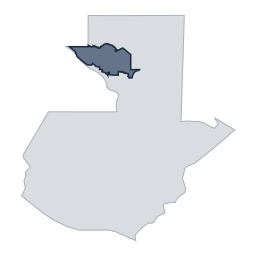 location of La Libertad, Petén, Guatemala
{"feature_id": "79465075B31281143780542", "entity_name": "La Libertad", "entity_type": "district", "adm_level": 2, "iso_a3": "GTM", "parent_name": "Guatemala", "parent_adm1": "Petén", "projection": "orthographic", "projection_center": [-90.603, 16.998], "detail": "fine", "context": "in_parent", "style": "filled", "palette": "slate", "viewbox_px": 256, "rotation_deg": 0, "n_neighbors": 0, "source": "geoboundaries", "source_scale": "gbopen_adm2", "svg_char_len": 4994}
<svg xmlns="http://www.w3.org/2000/svg" viewBox="0 0 256 256"><path d="M21.3,195.7L22.7,194.3L23.9,191.1L25.4,187.7L24.5,183.8L24.0,180.7L25.7,176.1L25.6,172.7L26.4,170.6L28.8,169.2L30.1,166.6L23.2,157.5L23.3,155.5L24.2,153.0L29.9,143.4L36.6,132.0L44.0,119.4L48.4,111.8L64.4,111.8L75.1,111.9L88.6,111.9L103.2,111.9L112.8,111.9L116.8,111.8L116.1,106.9L116.6,101.4L118.4,96.4L118.4,94.2L115.5,91.6L110.0,90.0L106.9,87.6L106.9,84.6L105.5,81.0L102.8,76.7L97.3,72.4L88.8,67.9L81.7,61.9L75.8,54.4L70.8,49.5L66.9,47.5L66.0,46.4L77.3,46.5L88.0,46.7L88.1,35.9L88.1,26.3L88.2,15.5L107.5,15.6L130.6,15.6L154.5,15.5L173.2,15.4L184.3,15.4L183.9,28.8L183.4,44.3L183.1,55.7L182.6,70.9L182.1,86.5L181.5,107.7L181.0,121.4L181.3,121.7L187.6,121.0L197.0,121.5L199.2,121.5L202.1,122.6L204.3,123.0L209.1,126.0L214.7,128.3L218.3,123.5L216.4,120.7L214.9,119.3L215.1,118.0L234.7,130.0L232.4,131.9L227.5,136.3L218.6,143.9L210.6,150.6L202.9,156.7L196.0,162.2L195.2,162.8L186.4,166.7L184.9,168.5L183.0,176.2L182.2,178.1L183.8,182.4L185.5,189.0L185.0,192.4L178.9,196.7L176.1,200.5L174.8,203.0L173.7,202.4L171.8,202.2L167.4,203.2L165.3,203.4L163.6,204.5L163.4,206.9L164.6,210.7L165.0,212.7L163.8,213.6L158.4,216.0L156.3,218.3L154.2,221.8L151.9,223.3L149.4,223.0L147.6,223.6L143.9,226.2L138.3,231.4L135.2,235.2L135.2,238.1L135.8,240.6L115.2,231.6L108.3,230.1L79.4,230.2L67.1,226.6L53.0,219.7L43.5,213.4L21.3,195.7Z" fill="#d9dde1" stroke="#a8b0b8" stroke-width="1"/><path d="M130.7,54.5L130.5,54.4L129.6,53.6L128.9,53.1L128.7,52.9L128.3,52.6L127.9,52.2L127.6,51.9L126.2,50.8L125.7,50.3L125.3,50.0L125.0,49.8L124.6,49.4L123.8,48.8L122.8,48.0L122.7,48.0L122.2,48.3L121.9,48.3L121.6,48.4L121.3,48.7L121.2,48.8L120.9,48.9L120.7,49.0L120.4,49.0L120.2,49.2L120.0,49.4L119.8,49.6L119.7,49.6L119.4,49.7L119.1,49.8L118.7,50.0L118.2,50.1L117.6,49.9L117.2,49.9L117.2,50.0L116.9,50.1L117.0,50.3L116.9,50.3L116.7,50.3L116.6,50.8L116.5,51.1L116.5,51.3L116.4,51.3L116.3,51.2L116.2,51.0L116.0,50.9L115.7,51.0L115.4,51.0L115.2,51.0L115.1,50.7L115.2,50.4L115.3,50.4L115.6,50.3L115.8,50.4L116.0,50.4L116.2,50.1L116.3,50.0L116.2,49.9L116.0,49.7L116.1,49.2L116.1,48.9L116.0,48.7L115.7,48.4L115.5,48.2L115.3,47.9L115.1,47.8L114.8,47.5L114.8,47.3L114.7,47.3L114.6,47.2L114.3,47.2L114.1,47.1L114.1,46.9L113.8,46.7L113.5,46.6L113.4,46.5L113.4,46.3L113.2,46.3L113.2,46.2L112.9,46.0L112.8,45.7L112.6,45.5L112.2,45.4L111.7,45.2L111.4,45.0L110.9,44.9L110.5,44.9L110.2,44.8L109.9,44.8L109.5,44.7L109.4,44.5L109.2,44.5L109.0,44.4L108.9,44.4L108.7,44.2L108.4,43.9L107.9,43.8L107.5,43.7L107.4,43.7L107.1,43.7L106.9,43.6L106.7,43.8L106.6,43.7L106.0,43.6L105.9,43.7L105.7,43.8L105.4,43.9L105.1,44.1L104.8,44.1L104.4,44.2L104.1,44.2L104.0,44.3L103.9,44.4L103.8,44.6L103.4,44.8L103.1,45.1L102.9,45.6L102.7,45.8L102.5,46.0L102.2,46.0L101.9,46.1L101.7,46.0L100.9,46.3L100.7,46.4L100.5,46.5L100.6,47.0L100.6,47.4L100.5,47.5L100.3,47.4L100.2,47.5L100.3,47.5L100.1,47.7L100.0,47.9L99.9,47.9L99.7,48.0L99.6,47.9L99.4,47.9L99.3,48.0L99.2,48.1L98.9,48.0L98.7,47.9L98.4,47.8L98.2,47.7L98.1,47.3L97.9,47.4L97.5,47.7L97.4,47.8L97.3,47.6L97.2,47.3L96.9,47.3L96.9,47.2L96.5,46.8L96.3,46.7L96.1,46.6L95.9,46.6L95.7,46.8L95.3,46.8L95.1,46.8L94.9,46.8L94.9,46.7L95.0,46.6L94.8,46.4L94.7,46.3L94.7,46.0L94.7,45.9L94.4,46.0L94.3,45.8L94.2,45.8L94.1,46.0L93.9,46.0L93.7,46.1L93.4,46.2L93.2,46.0L93.2,46.3L92.9,46.4L93.0,46.6L92.8,46.7L92.4,46.7L92.2,47.0L91.9,47.1L91.6,46.9L91.3,46.9L91.2,46.8L91.0,46.7L90.7,46.6L90.3,46.3L90.1,46.3L89.8,46.1L89.6,46.1L89.4,46.0L89.3,45.9L89.2,45.8L89.1,46.2L88.9,46.1L88.7,45.8L88.6,45.7L88.6,45.3L88.3,45.2L88.3,46.7L78.1,46.7L69.4,46.7L74.2,50.7L75.0,51.4L77.2,56.8L82.6,61.3L87.2,64.8L91.1,65.2L91.4,65.0L91.4,64.9L91.6,64.9L91.9,64.8L91.9,64.7L92.1,64.6L92.2,64.4L92.2,64.2L92.3,64.1L92.4,63.9L92.5,63.9L92.5,64.0L92.6,63.9L92.8,63.8L92.8,63.7L92.9,63.8L93.0,63.9L93.5,64.0L94.2,64.5L94.7,65.0L95.1,65.6L95.7,66.4L99.7,67.1L99.5,69.5L101.7,69.5L102.2,70.1L102.6,70.3L101.9,71.4L101.8,71.7L104.5,72.4L105.6,73.0L105.6,73.6L106.0,73.8L106.3,73.6L106.5,73.3L106.7,73.5L106.6,73.8L107.2,74.6L107.4,74.8L107.8,75.5L107.9,73.2L108.0,73.2L107.9,72.7L108.4,72.7L108.4,72.3L109.4,72.3L109.3,73.9L109.3,74.6L109.1,74.7L113.5,75.1L118.3,75.1L118.3,71.7L120.4,71.7L120.4,72.0L122.5,72.3L122.5,71.9L122.7,72.1L123.0,72.1L123.0,71.9L123.4,72.0L123.9,72.4L123.8,72.7L124.1,72.8L124.2,73.1L125.1,73.1L125.3,73.2L125.5,73.1L125.5,73.4L127.6,73.5L128.5,73.6L128.5,74.4L128.3,74.4L128.2,75.3L128.0,76.4L128.9,76.4L129.0,77.9L132.0,77.9L132.2,77.4L132.3,77.1L132.4,75.8L132.4,75.7L132.5,75.5L132.6,75.3L133.0,74.8L133.2,74.3L133.8,73.1L133.9,72.9L134.1,72.7L134.6,72.2L135.4,71.5L135.8,71.2L136.2,70.9L136.3,70.9L136.5,70.9L136.7,70.7L137.0,70.7L137.8,70.7L138.1,70.6L138.4,70.3L138.5,70.1L138.8,70.0L139.0,69.9L139.5,69.9L139.6,69.6L139.0,69.6L138.5,69.6L137.9,69.6L134.6,69.6L133.3,69.6L132.2,69.7L131.8,69.6L131.1,69.7L130.7,69.6L130.7,60.6L130.7,58.0L130.7,57.8L130.7,57.7L130.7,57.1L130.7,54.5Z" fill="#64748b" stroke="#1e293b" stroke-width="1.5"/></svg>